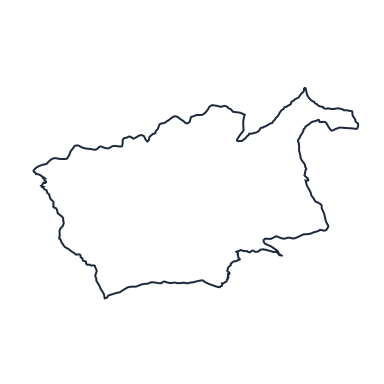 Pamplonita, Norte de Santander, Colombia, rotated 275°
{"feature_id": "7082276B88663315175961", "entity_name": "Pamplonita", "entity_type": "district", "adm_level": 2, "iso_a3": "COL", "parent_name": "Colombia", "parent_adm1": "Norte de Santander", "projection": "natural_earth1", "projection_center": [-72.634, 7.481], "detail": "fine", "context": "isolated", "style": "outline", "palette": "slate", "viewbox_px": 384, "rotation_deg": 275, "n_neighbors": 0, "source": "geoboundaries", "source_scale": "gbopen_adm2", "svg_char_len": 6022}
<svg xmlns="http://www.w3.org/2000/svg" viewBox="0 0 384 384"><g transform="rotate(275 192 192)"><path d="M185.1,41.2L184.4,42.3L184.2,43.5L183.7,42.8L183.5,43.4L182.7,43.8L182.0,44.6L181.0,47.0L178.5,47.9L177.3,49.8L173.2,51.3L172.2,52.2L171.2,53.7L169.6,55.0L168.1,54.8L166.4,55.4L165.5,55.0L165.0,55.2L164.5,55.7L164.4,56.8L163.9,58.0L162.4,59.1L159.0,60.1L158.6,61.3L157.5,62.4L156.3,64.6L155.0,65.8L154.3,66.1L153.3,65.9L150.6,66.8L149.5,66.9L146.8,66.2L144.5,64.3L142.1,63.4L136.2,64.1L134.6,63.6L134.0,63.8L133.6,64.9L130.3,66.5L128.7,68.0L127.4,68.9L126.1,70.2L124.3,74.2L122.0,77.7L121.0,79.8L119.7,81.6L119.5,82.1L120.0,84.6L120.0,85.3L119.6,86.2L118.8,86.6L117.2,86.8L116.8,87.9L116.1,88.8L114.6,89.0L114.1,89.4L113.4,92.5L111.4,92.8L110.7,93.3L110.4,94.7L110.7,96.6L110.1,97.4L109.9,98.2L110.4,100.2L110.2,101.2L109.9,101.7L108.5,102.2L105.9,103.7L104.8,104.0L100.5,102.9L99.5,103.1L97.4,104.2L95.2,104.5L90.4,108.0L87.8,109.3L82.7,113.1L78.5,114.3L79.2,116.4L79.8,116.9L81.0,117.2L81.8,118.1L84.9,125.6L85.8,128.8L88.3,131.9L91.5,136.4L92.4,139.7L92.8,143.9L93.1,145.0L95.5,149.8L96.5,153.4L96.6,155.1L97.4,157.2L98.4,158.6L98.7,161.5L98.2,168.2L98.6,169.5L100.0,171.0L100.3,171.8L100.3,172.7L99.5,176.3L99.4,178.9L100.2,182.1L100.2,183.7L99.8,185.5L100.1,186.4L100.2,188.8L101.0,191.7L100.7,193.5L100.7,195.4L101.3,197.7L101.9,198.8L101.9,200.1L104.0,206.3L104.7,208.8L104.9,210.2L104.5,211.2L103.6,212.3L101.7,217.3L99.8,225.0L99.5,227.9L100.7,228.8L101.0,229.8L102.5,230.3L103.5,229.8L103.6,230.9L105.8,234.0L106.4,234.4L107.8,234.4L108.8,235.4L109.8,235.0L110.3,235.7L111.2,235.1L112.4,235.4L113.2,234.9L113.5,235.5L113.5,236.2L114.7,236.4L115.2,235.9L115.6,234.7L116.6,234.0L120.1,234.7L122.5,237.0L124.2,237.0L126.5,239.6L127.1,242.3L128.4,243.9L128.7,245.3L129.0,245.5L129.5,245.3L130.9,243.7L132.2,243.7L133.7,242.9L134.7,243.3L135.5,242.7L136.4,241.4L136.6,241.6L137.2,243.8L138.5,245.6L137.6,248.8L137.9,249.7L137.7,251.3L137.9,252.3L137.1,253.2L136.9,255.0L137.1,255.3L138.5,256.4L138.9,257.1L138.8,258.2L137.9,260.0L138.1,262.0L138.6,263.4L140.6,265.3L140.6,266.3L141.2,267.9L140.8,269.0L141.1,270.3L140.7,271.1L140.0,275.7L139.3,278.3L139.8,280.6L138.8,282.5L136.7,284.6L136.7,285.9L136.2,287.8L137.5,284.5L138.8,283.5L140.1,283.0L141.1,281.8L145.0,275.0L145.7,272.3L147.1,268.9L148.9,267.7L150.0,267.5L150.4,267.5L151.3,268.6L151.9,268.9L152.1,274.5L154.3,278.2L155.2,279.3L155.1,280.7L153.8,284.8L153.5,286.7L153.6,288.5L154.6,290.8L155.0,292.7L154.5,296.2L154.6,297.7L156.0,300.7L159.4,306.5L159.8,308.2L159.9,310.1L160.8,313.7L162.3,316.4L164.0,321.0L165.5,322.8L165.0,326.6L165.1,327.7L165.9,329.1L168.7,330.6L169.7,330.8L170.5,330.6L172.6,329.0L175.1,327.7L181.8,325.6L187.0,322.7L189.9,322.3L190.7,321.8L192.3,318.8L193.3,315.7L196.7,313.3L198.8,311.3L201.2,310.5L203.1,309.5L208.4,305.9L213.4,304.1L213.3,305.8L213.8,306.8L214.5,306.4L215.3,306.5L217.8,303.1L218.7,302.5L220.4,303.0L221.4,302.8L222.1,303.2L223.7,303.1L225.0,303.9L227.2,302.5L229.2,302.1L233.4,298.4L235.2,297.3L237.9,296.7L242.8,295.0L245.5,294.9L250.2,294.1L251.4,293.2L252.3,293.0L253.4,293.3L255.0,294.4L256.9,294.9L259.6,296.4L262.4,297.6L264.1,297.7L265.4,298.8L267.2,299.5L270.2,303.3L271.2,304.0L272.2,305.3L274.3,310.7L275.0,311.5L274.7,312.2L272.8,313.1L272.7,313.6L273.4,317.2L273.2,318.8L271.8,320.3L268.6,322.4L266.7,324.0L265.5,325.3L265.4,326.2L265.9,327.5L267.1,329.2L269.1,333.6L269.3,347.5L269.1,350.0L269.8,351.1L270.8,351.5L272.9,351.7L274.7,351.5L275.4,350.1L276.4,348.9L278.7,348.1L281.7,345.7L283.4,345.0L285.1,344.9L286.3,344.5L286.9,339.2L286.7,336.1L287.4,335.1L287.9,332.5L288.0,330.2L287.8,328.4L287.2,326.8L286.9,324.7L286.9,322.7L287.3,320.1L286.7,319.0L286.6,318.0L287.1,315.7L287.4,315.2L288.2,315.0L288.4,312.5L289.1,310.2L290.3,308.8L291.0,307.0L292.5,305.7L293.1,303.9L294.0,302.4L296.0,300.1L299.0,298.1L304.9,296.3L305.4,295.9L305.5,295.2L304.7,294.6L302.4,294.6L301.0,293.8L300.2,292.8L299.0,292.2L298.4,291.6L295.4,289.9L293.2,286.3L291.9,285.3L290.6,283.3L289.9,283.0L288.7,283.0L287.7,282.3L286.1,279.7L285.1,278.7L284.6,276.9L282.5,275.8L281.2,274.0L278.4,272.3L277.5,272.1L274.4,270.4L273.2,269.1L271.5,268.4L269.5,266.7L267.8,265.9L266.9,263.7L265.0,261.3L263.4,258.6L263.3,258.0L262.6,257.5L262.0,255.2L260.9,254.4L259.0,253.5L257.7,252.1L257.1,251.2L256.6,250.1L255.3,246.2L255.1,244.0L254.7,243.7L253.6,243.4L252.4,242.0L250.5,240.8L247.9,238.0L247.2,237.1L246.7,233.9L247.0,232.5L247.5,232.2L248.5,232.5L253.6,235.2L256.3,237.2L257.7,237.8L259.5,237.9L261.8,237.4L266.3,236.9L271.0,237.2L273.6,237.8L275.2,233.0L275.5,225.8L277.9,223.4L278.5,221.3L279.7,220.0L280.5,218.1L280.6,216.5L279.6,214.2L279.4,212.8L280.0,209.6L280.3,204.7L279.8,203.5L278.2,201.8L275.7,200.7L272.2,198.4L270.2,196.2L269.6,194.8L269.0,189.5L267.4,186.6L266.8,184.8L266.3,184.4L262.0,183.6L261.2,183.2L259.9,181.1L260.1,179.7L262.0,177.2L263.7,173.9L265.3,171.5L265.9,169.9L266.0,168.4L265.3,166.7L264.4,165.6L261.4,162.4L259.9,160.3L258.6,159.0L257.2,154.5L255.9,153.5L251.8,152.5L249.7,150.7L247.4,150.3L246.7,149.1L246.6,148.1L243.7,145.3L243.0,144.8L240.4,144.6L238.8,143.7L238.4,143.1L240.1,141.3L243.6,139.1L244.0,138.2L244.2,135.8L243.2,133.7L242.2,132.6L240.0,129.0L240.1,128.6L241.5,126.4L241.8,125.2L241.7,124.3L240.5,122.4L239.8,119.9L239.0,119.0L237.8,118.6L236.5,118.4L234.6,118.7L231.5,118.3L231.2,117.8L231.0,116.5L231.2,111.3L230.7,108.7L228.5,105.6L228.1,104.5L228.2,101.6L229.2,98.2L229.4,97.1L228.8,95.7L226.1,93.2L225.6,91.5L226.0,86.9L226.1,81.8L226.8,78.4L228.2,75.3L228.5,74.3L228.0,71.8L227.4,70.8L225.2,69.7L222.2,67.6L218.1,66.5L214.7,64.8L214.0,63.8L213.7,61.4L213.4,57.4L213.8,53.5L213.7,52.2L213.4,51.0L212.2,48.9L209.3,46.1L208.1,45.4L207.1,44.3L206.2,41.0L204.4,37.2L202.5,34.5L200.5,32.9L199.6,32.3L199.0,32.4L198.1,33.1L197.7,34.3L196.3,34.9L196.3,36.6L195.9,38.7L193.0,44.0L192.7,42.8L192.1,43.6L191.0,44.1L190.6,45.0L189.2,45.8L188.7,44.8L188.2,44.9L188.0,43.5L188.3,43.4L188.1,43.1L185.7,42.1L185.1,41.2Z" fill="none" stroke="#1e293b" stroke-width="2"/></g></svg>